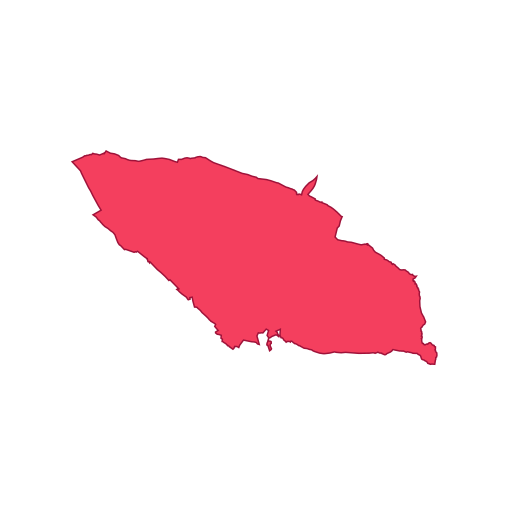 "Nedre Eiker" nor, Buskerud, Norway (Mercator projection), rotated 290°
{"feature_id": "86288312B66874291334067", "entity_name": "\"Nedre Eiker\" nor", "entity_type": "district", "adm_level": 2, "iso_a3": "NOR", "parent_name": "Norway", "parent_adm1": "Buskerud", "projection": "mercator", "projection_center": [10.023, 59.763], "detail": "fine", "context": "isolated", "style": "filled", "palette": "rose", "viewbox_px": 512, "rotation_deg": 290, "n_neighbors": 0, "source": "geoboundaries", "source_scale": "gbopen_adm2", "svg_char_len": 6105}
<svg xmlns="http://www.w3.org/2000/svg" viewBox="0 0 512 512"><g transform="rotate(290 256 256)"><path d="M281.7,51.0L276.0,62.0L274.2,63.6L262.9,75.4L260.5,78.4L257.1,81.9L249.5,90.5L246.1,94.8L239.0,88.8L237.9,92.6L236.1,95.3L235.6,97.1L234.8,98.3L233.9,100.1L233.3,101.0L232.0,104.0L231.3,107.4L230.0,110.8L229.4,113.3L229.0,114.1L227.7,116.2L224.2,119.1L221.4,121.6L220.1,123.3L219.7,123.9L219.6,125.0L217.0,130.2L217.7,131.3L217.8,140.2L218.8,141.3L218.7,142.1L219.9,143.0L219.7,143.8L217.1,151.5L216.4,154.0L216.4,154.5L216.0,154.4L215.8,154.9L215.4,155.3L213.8,156.4L214.0,157.1L213.2,158.3L214.2,158.3L214.0,158.9L209.5,168.0L208.0,172.3L205.7,177.7L203.2,182.5L204.2,183.3L198.7,194.8L198.0,194.2L198.2,193.5L197.5,193.0L197.2,194.3L196.2,196.2L195.0,199.3L193.5,204.7L192.0,206.7L191.7,207.3L192.9,208.8L194.3,208.1L195.5,210.1L191.8,212.3L187.0,215.7L187.3,216.4L187.6,218.2L187.1,218.9L185.8,222.4L184.4,224.6L182.4,229.6L181.1,232.4L180.1,234.0L179.6,235.5L179.3,235.8L178.5,240.0L178.1,241.2L177.9,241.5L175.7,241.3L173.1,245.9L170.7,244.0L169.9,244.3L169.2,246.3L169.6,248.2L169.6,250.5L166.8,251.2L166.3,252.9L164.1,253.4L164.2,254.0L163.7,255.5L163.3,257.7L162.1,260.0L162.4,260.1L161.8,262.1L161.6,262.1L160.5,266.2L161.7,266.8L163.7,266.9L163.8,267.7L164.2,268.0L164.4,269.4L164.1,271.1L166.7,271.2L172.7,273.0L173.9,281.1L174.6,283.6L174.8,285.3L174.8,285.8L173.9,287.5L174.0,289.3L181.2,284.2L184.6,284.5L184.8,285.8L185.7,287.4L186.1,288.8L190.8,290.6L190.3,293.3L185.2,293.6L183.5,295.9L183.1,296.0L179.3,296.3L177.8,296.2L176.2,296.6L175.9,297.2L176.1,297.7L171.6,301.2L173.2,302.2L174.1,302.3L176.2,300.3L177.1,299.7L178.3,299.7L179.1,300.2L180.6,299.6L180.9,298.9L180.5,297.3L180.6,296.7L181.4,296.3L182.9,296.2L183.5,296.4L184.4,297.6L185.5,298.1L188.6,301.5L188.8,302.6L188.0,305.0L188.9,304.9L189.7,303.6L191.7,301.8L192.2,300.5L195.5,303.9L189.5,305.7L188.4,307.0L187.8,307.4L187.8,308.0L188.0,308.6L187.8,309.5L186.6,310.8L186.0,312.6L185.3,313.8L186.4,314.5L186.4,315.0L186.9,315.7L187.0,316.1L187.1,317.1L186.9,317.7L187.8,317.8L188.1,318.4L188.1,319.0L187.2,321.3L186.9,322.4L187.1,322.8L187.0,324.8L186.4,326.7L186.7,327.8L186.5,328.1L185.8,332.7L186.5,335.7L186.5,338.2L186.9,340.3L186.4,342.0L186.3,343.9L186.5,348.9L187.2,352.4L187.8,354.1L190.1,358.6L192.7,362.5L193.0,364.6L194.2,369.1L196.1,373.1L199.7,385.9L203.5,395.8L205.0,398.8L205.4,400.3L205.3,401.2L205.9,401.7L206.2,402.3L207.3,403.4L207.1,405.3L207.6,407.2L207.4,407.2L207.2,410.5L207.6,411.5L208.1,411.9L208.8,412.1L211.7,415.1L213.2,416.1L214.8,416.5L215.0,417.1L215.1,418.2L215.9,423.5L216.3,424.5L216.6,425.9L217.1,426.8L217.0,429.9L217.2,430.5L217.7,430.9L217.9,431.5L218.0,433.1L218.3,434.9L218.3,436.8L219.2,439.7L219.6,440.6L219.0,442.0L218.8,444.2L218.3,444.9L216.0,446.7L215.7,447.2L215.6,447.8L215.7,449.4L215.3,450.7L215.3,451.6L214.7,453.4L213.9,454.1L213.9,455.4L214.1,456.0L213.8,456.6L213.9,457.0L214.6,458.2L215.4,461.0L219.4,460.2L220.6,460.2L222.1,459.6L222.8,460.2L224.5,460.0L226.8,459.0L227.6,457.5L228.8,456.9L229.0,456.3L230.0,456.4L232.0,455.7L231.9,454.7L232.8,454.0L232.7,453.6L232.9,453.1L232.7,452.2L233.9,450.3L234.1,449.2L233.4,448.2L232.2,447.7L232.1,447.3L231.6,447.1L231.6,446.4L230.3,445.2L230.2,444.2L231.0,443.3L230.8,443.0L230.9,442.1L232.4,441.0L234.2,440.2L234.7,440.2L235.0,439.7L235.5,440.0L236.2,440.0L237.2,439.5L237.3,439.0L237.6,439.2L237.9,438.8L239.5,438.7L239.6,438.3L239.9,438.4L241.6,437.5L242.0,436.6L242.6,436.6L244.3,435.5L245.6,435.9L246.2,436.4L246.6,436.3L248.4,436.8L249.7,437.8L252.1,437.9L256.3,434.2L256.6,433.7L259.1,430.9L264.6,427.3L270.0,425.1L272.1,424.8L273.8,424.0L274.3,423.3L276.3,422.3L278.1,422.0L279.3,420.7L280.6,420.0L280.6,419.5L281.6,418.9L281.5,418.5L282.0,418.2L282.4,417.4L283.1,417.4L283.3,417.0L283.7,416.9L284.6,415.8L284.3,415.0L285.0,414.9L286.1,414.1L286.5,413.5L286.6,413.2L286.0,412.7L286.5,412.0L287.1,412.0L287.6,411.6L288.6,411.6L289.1,412.5L289.9,413.0L291.8,413.5L291.1,412.2L291.6,409.9L292.2,409.4L291.6,408.3L291.6,407.2L291.8,406.1L292.8,404.8L293.4,402.1L293.9,401.1L293.6,399.6L292.6,397.5L292.4,396.0L292.5,395.4L293.4,393.6L294.3,391.0L295.2,389.6L295.6,387.4L294.8,387.1L295.3,385.9L296.3,385.2L296.4,384.8L296.2,383.0L296.6,382.1L297.0,380.3L296.8,377.7L298.0,377.2L299.3,373.6L299.7,371.7L300.4,366.9L301.6,364.6L303.3,362.8L305.0,357.7L304.5,357.4L304.5,357.1L305.0,356.8L305.7,356.8L305.7,356.4L305.4,356.0L305.2,356.3L304.7,356.1L304.7,355.7L304.2,353.8L303.9,353.7L303.8,353.2L302.5,351.1L302.1,348.1L301.5,340.9L300.5,337.2L300.5,335.2L300.2,333.2L299.7,331.4L299.2,327.2L300.9,323.8L310.1,322.8L312.6,323.9L317.8,323.3L322.4,323.5L322.3,322.8L325.3,316.3L325.4,315.6L325.7,315.2L326.7,312.4L327.4,309.9L327.9,306.4L328.5,305.3L328.7,299.5L329.2,299.4L328.5,297.7L328.8,296.0L328.8,292.8L329.2,292.2L329.9,292.1L330.6,287.1L330.6,285.9L331.7,283.7L336.3,285.5L339.1,286.4L341.8,286.9L343.9,287.0L348.4,286.7L351.5,286.1L349.2,285.2L346.4,283.7L342.9,280.9L338.5,278.9L334.9,277.8L332.3,277.5L329.1,277.9L329.1,276.4L329.0,275.6L328.5,274.7L328.1,274.6L328.0,274.2L328.1,273.8L327.7,273.4L327.9,273.0L329.7,272.3L331.1,269.4L331.1,267.6L331.3,266.9L331.1,265.7L331.2,263.0L331.0,260.5L332.2,252.0L331.9,250.3L331.8,244.3L331.4,239.7L329.4,231.2L330.1,229.4L329.6,225.0L329.7,220.3L328.9,214.8L329.3,197.3L329.2,184.2L329.8,180.6L331.1,174.9L330.4,172.2L330.5,170.9L330.4,169.5L329.2,167.2L328.1,165.7L327.4,165.2L325.5,161.4L325.0,160.8L325.1,160.0L324.8,158.0L324.5,157.2L323.6,155.6L321.4,153.1L320.3,150.1L317.2,150.1L317.0,147.1L317.1,141.5L316.4,136.9L315.8,134.2L314.2,130.7L312.1,126.6L309.3,120.0L308.2,118.6L306.3,115.8L305.2,114.1L304.7,112.9L304.3,110.0L303.1,106.2L302.7,104.5L302.6,101.9L302.8,100.1L302.2,95.9L302.5,94.7L303.5,92.5L303.6,88.2L303.3,86.5L302.8,84.1L303.4,79.2L301.7,78.8L300.9,78.1L300.5,78.5L300.1,78.3L299.9,77.2L297.4,74.5L297.2,71.2L296.9,70.7L296.9,69.9L296.5,68.7L296.7,68.0L296.5,67.3L295.4,67.0L294.8,66.5L294.7,65.5L293.6,64.3L292.9,63.1L292.8,62.6L292.0,61.9L291.5,60.7L289.5,59.3L281.7,51.0Z" fill="#f43f5e" stroke="#9f1239" stroke-width="1.5"/></g></svg>